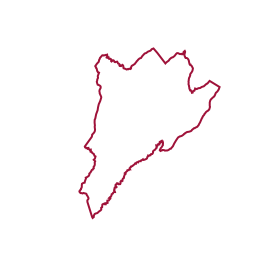 Luziânia, Goiás, Brazil (Equal Earth projection), rotated 31°
{"feature_id": "56859067B22325877983857", "entity_name": "Luziânia", "entity_type": "district", "adm_level": 2, "iso_a3": "BRA", "parent_name": "Brazil", "parent_adm1": "Goiás", "projection": "equal_earth", "projection_center": [-47.986, -16.555], "detail": "fine", "context": "isolated", "style": "outline", "palette": "rose", "viewbox_px": 256, "rotation_deg": 31, "n_neighbors": 0, "source": "geoboundaries", "source_scale": "gbopen_adm2", "svg_char_len": 5853}
<svg xmlns="http://www.w3.org/2000/svg" viewBox="0 0 256 256"><g transform="rotate(31 128 128)"><path d="M72.3,75.9L72.0,76.6L71.3,76.8L70.8,77.6L70.1,77.9L69.8,78.4L69.0,78.6L68.5,79.0L67.9,82.4L68.2,83.7L68.2,84.7L68.6,85.6L68.8,86.7L68.5,87.6L68.2,89.2L68.2,90.2L68.0,91.5L68.3,92.1L69.3,92.4L69.7,93.0L70.4,93.1L72.4,95.1L72.8,95.2L73.5,95.7L74.0,95.5L74.7,95.5L75.3,98.9L75.7,99.6L76.3,100.2L76.6,101.0L76.6,102.1L77.2,103.3L77.4,104.4L78.3,105.3L79.7,106.5L81.1,106.2L82.0,106.2L82.7,106.3L83.3,106.7L83.9,107.7L84.1,110.2L84.6,111.3L85.4,112.1L85.9,112.9L88.9,115.0L89.4,115.7L90.3,119.3L90.7,122.7L91.7,125.8L92.8,128.4L93.6,132.6L95.1,136.8L95.2,138.1L96.6,140.6L98.4,143.0L98.8,144.1L100.6,146.4L101.2,147.9L101.3,149.3L100.7,152.2L101.1,152.9L101.5,154.2L101.4,155.6L100.5,166.1L101.2,166.7L102.0,166.5L102.6,166.8L103.1,166.2L103.7,166.1L104.1,165.7L104.4,166.4L104.9,165.9L105.4,166.3L106.0,166.4L106.5,166.1L106.8,166.5L107.3,165.8L107.9,166.6L108.3,167.6L109.5,167.3L110.0,167.7L110.6,167.9L111.9,167.8L113.6,169.1L114.8,169.1L115.4,171.3L115.0,172.9L117.0,173.4L117.3,174.9L118.1,175.9L118.6,177.1L118.7,177.9L118.5,178.8L118.7,179.4L119.4,180.0L119.4,180.6L119.1,181.2L119.2,181.9L118.7,182.4L118.6,183.1L118.8,183.9L118.6,184.5L118.8,185.3L118.3,187.0L118.9,187.8L119.0,189.4L118.0,191.5L117.4,192.3L117.9,192.7L118.5,195.8L119.0,197.2L118.0,198.1L117.3,199.5L118.0,201.1L118.7,202.2L119.0,203.1L118.9,204.2L119.3,204.9L119.0,205.5L119.1,206.5L118.9,207.2L119.3,207.7L120.3,208.1L120.9,208.2L121.5,207.8L122.8,207.5L123.2,206.7L125.8,205.9L126.6,206.1L127.3,206.8L128.2,207.1L130.1,208.3L130.4,208.7L130.6,209.5L130.4,210.3L130.5,211.1L131.3,212.3L143.0,222.7L144.0,223.3L144.5,221.8L143.9,221.2L143.7,219.3L143.8,218.7L144.6,217.6L145.2,217.1L145.6,216.5L146.1,214.6L147.0,212.6L147.1,211.7L146.1,210.2L146.6,209.2L146.2,208.5L146.0,207.8L145.5,207.1L145.5,206.5L146.8,204.7L147.4,205.3L148.2,204.9L147.9,203.8L148.5,203.4L149.1,202.7L148.8,202.2L148.3,202.0L147.7,200.9L148.9,199.9L148.9,199.0L149.2,197.7L148.6,197.5L147.9,197.7L148.1,196.8L148.7,196.6L148.5,195.8L148.7,195.0L148.4,193.8L148.1,193.2L148.8,191.9L148.6,191.2L149.1,190.0L149.8,189.6L149.2,189.0L148.4,188.9L148.0,188.3L148.0,187.4L147.6,187.0L147.3,186.0L147.7,185.5L148.3,185.3L148.6,184.5L148.0,184.1L147.1,184.1L146.6,183.1L146.8,182.3L147.6,181.4L147.2,180.9L147.7,180.6L149.0,181.0L150.2,180.1L150.1,179.3L149.2,178.0L149.3,176.9L150.2,176.8L150.5,176.1L150.0,175.6L149.8,174.9L149.7,174.0L150.2,173.3L150.1,172.6L149.7,172.1L149.5,171.4L149.5,170.8L149.2,169.9L149.3,169.2L149.6,168.5L149.2,167.9L148.6,168.0L149.5,165.1L149.2,164.6L149.6,164.1L150.4,163.7L150.4,162.9L151.0,162.5L150.4,162.2L150.1,161.6L150.6,160.2L150.3,159.8L150.5,159.2L151.4,158.4L151.7,157.1L152.3,155.9L152.3,154.8L153.2,154.5L152.9,153.7L153.2,152.9L153.6,152.5L154.4,152.3L154.3,151.4L154.6,150.9L155.5,150.1L156.0,149.9L155.9,149.0L156.4,148.5L156.9,147.2L157.3,147.5L157.8,147.4L158.7,146.4L159.8,144.8L159.9,144.1L159.5,142.8L159.5,142.2L159.9,141.8L159.5,141.2L160.3,140.9L160.7,140.0L161.3,139.8L161.2,138.5L161.8,138.1L162.2,137.7L162.2,136.5L162.0,135.9L161.6,135.4L161.5,134.5L161.7,134.0L162.3,132.9L162.5,131.9L162.4,131.1L162.8,130.1L161.6,128.8L162.2,128.8L162.4,128.1L161.8,127.1L162.1,126.5L162.8,126.5L163.3,126.0L162.7,125.5L162.7,124.6L163.2,124.4L163.4,123.8L163.7,123.2L163.7,122.6L162.9,122.7L163.6,121.5L164.1,121.9L164.6,121.6L165.5,122.5L166.0,123.3L166.1,124.0L166.7,124.5L166.7,127.1L166.4,128.7L166.6,129.3L166.5,130.1L166.8,130.8L167.8,130.9L168.1,130.2L168.7,129.7L168.9,129.1L170.0,128.5L170.8,128.3L171.2,128.4L173.4,126.9L174.1,125.9L174.8,124.1L175.4,123.7L175.5,122.7L175.9,120.6L175.6,117.5L175.6,113.5L175.8,110.3L176.8,108.4L177.3,108.1L178.4,106.6L179.1,104.8L179.1,104.2L179.5,103.8L179.7,102.6L180.2,102.0L180.7,101.0L182.2,99.8L183.5,98.3L183.8,97.5L183.8,96.7L184.8,94.0L185.3,93.8L185.6,93.0L186.8,91.2L186.8,90.4L187.1,89.3L186.9,88.4L186.9,86.2L186.3,81.6L186.4,80.9L186.2,79.9L186.2,78.8L186.4,78.2L186.5,77.0L186.3,76.5L186.6,75.4L186.6,74.4L187.1,72.9L187.6,72.2L187.8,71.2L188.1,70.4L187.5,68.0L187.2,67.4L186.7,67.0L184.9,64.0L184.3,61.9L184.4,60.4L184.7,59.5L184.9,58.5L185.7,56.4L185.5,55.6L185.6,54.9L185.3,53.6L185.2,52.6L185.8,50.7L185.9,48.2L185.4,45.7L173.7,45.6L173.5,46.7L173.2,48.8L173.0,49.3L172.6,49.6L171.5,53.2L170.0,54.9L169.3,56.5L167.8,57.7L166.9,59.2L165.2,59.6L165.5,60.4L165.7,61.9L165.1,62.3L164.8,62.8L164.7,63.5L165.2,64.3L164.7,64.9L164.0,64.3L162.2,63.3L161.8,63.7L160.2,62.5L160.0,62.0L159.0,61.1L158.7,60.5L157.4,59.4L156.4,57.5L155.8,56.8L155.6,56.0L155.3,55.5L154.6,53.8L154.5,52.3L154.2,50.8L153.7,50.1L153.6,48.9L153.8,48.1L153.8,46.0L153.5,44.9L152.9,43.4L150.6,42.0L149.4,41.8L149.0,41.5L148.7,41.9L147.8,41.5L145.8,39.4L145.4,38.9L144.3,38.1L143.0,37.7L142.2,37.8L141.3,38.3L140.5,37.9L140.1,37.4L139.6,37.2L139.0,36.7L138.4,35.6L137.9,33.7L137.5,33.0L137.0,32.7L136.5,34.2L137.2,36.3L136.4,37.0L135.9,36.8L135.3,37.1L134.9,37.6L134.4,37.9L132.2,38.1L131.4,38.7L131.1,39.7L130.8,42.3L130.3,43.6L130.0,44.3L129.5,44.7L129.3,45.2L128.9,45.7L128.3,47.5L128.2,49.3L127.1,51.9L126.8,53.4L114.4,48.5L108.9,46.7L107.7,48.3L107.6,48.9L107.6,49.6L107.3,50.3L105.7,52.4L105.0,54.3L103.9,55.6L103.2,59.0L103.1,61.3L102.1,62.4L101.5,64.2L101.4,65.4L101.1,66.2L101.1,67.2L100.9,68.3L100.9,69.3L100.2,71.0L99.2,72.8L99.4,74.7L99.8,75.1L99.9,75.7L99.6,76.3L98.6,76.5L97.9,77.6L97.5,77.5L96.6,78.6L95.4,78.6L94.9,78.8L94.4,78.8L93.5,79.1L93.0,78.7L92.7,78.1L91.6,76.9L90.6,76.8L90.2,78.5L88.9,79.1L88.4,78.8L88.3,77.9L87.1,77.6L86.3,77.8L84.6,76.7L83.5,77.6L83.1,78.2L82.4,78.3L81.1,77.5L80.6,77.5L80.1,77.7L79.9,78.8L79.6,79.5L79.0,79.3L78.7,78.4L77.7,77.7L77.0,77.8L76.3,78.5L75.9,78.3L74.9,77.4L74.2,78.5L73.4,78.6L73.3,77.5L73.1,76.9L72.7,76.2L72.3,75.9Z" fill="none" stroke="#9f1239" stroke-width="2"/></g></svg>